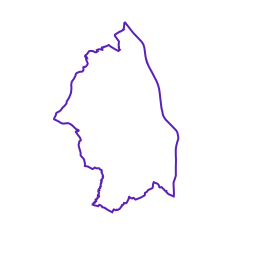 outline of Itagüí, Antioquia, Colombia, rotated 307°
{"feature_id": "7082276B40156907925674", "entity_name": "Itagüí", "entity_type": "district", "adm_level": 2, "iso_a3": "COL", "parent_name": "Colombia", "parent_adm1": "Antioquia", "projection": "equal_earth", "projection_center": [-75.62, 6.177], "detail": "fine", "context": "isolated", "style": "outline", "palette": "violet", "viewbox_px": 256, "rotation_deg": 307, "n_neighbors": 0, "source": "geoboundaries", "source_scale": "gbopen_adm2", "svg_char_len": 5485}
<svg xmlns="http://www.w3.org/2000/svg" viewBox="0 0 256 256"><g transform="rotate(307 128 128)"><path d="M204.6,88.4L205.2,86.3L207.1,75.0L210.5,62.2L209.6,61.9L208.4,62.7L205.5,64.5L205.2,64.6L204.2,64.8L204.1,65.4L200.4,63.9L200.2,63.5L195.0,61.5L194.6,61.5L193.9,61.8L193.7,62.1L191.7,68.6L190.7,69.3L188.3,70.8L187.6,71.8L187.2,72.0L186.9,72.0L186.8,72.3L186.4,72.8L185.7,73.3L185.6,74.4L184.1,74.2L183.8,74.0L183.7,73.9L183.2,70.8L182.7,66.3L182.6,65.1L182.6,63.1L182.7,62.7L180.0,61.3L179.3,60.7L178.8,60.6L178.3,59.9L177.7,59.9L177.3,59.6L177.0,58.9L176.6,58.7L176.5,58.8L176.0,59.1L175.5,60.2L175.0,60.5L174.4,59.0L173.7,57.8L173.3,57.3L173.0,57.1L171.7,56.3L171.2,57.6L170.6,57.2L170.4,57.0L170.1,57.3L169.9,57.3L169.3,57.1L169.1,56.8L168.6,55.8L168.5,55.0L168.4,54.0L168.3,53.6L168.1,53.3L167.9,53.2L167.7,52.6L166.8,51.4L166.5,51.1L165.8,50.7L163.6,50.8L163.1,50.7L161.8,50.7L160.7,50.3L160.3,50.3L159.5,50.4L159.2,51.0L159.2,51.4L159.8,52.0L159.0,53.5L158.4,52.9L158.5,52.5L158.4,52.4L157.2,53.8L155.6,56.6L155.3,57.0L155.0,57.2L154.4,57.3L153.8,57.4L152.2,57.4L151.5,57.3L150.9,56.9L150.4,56.1L150.1,55.8L149.8,55.7L149.5,55.8L148.3,57.0L147.6,57.4L147.2,57.6L145.9,57.6L145.3,57.3L144.2,56.0L143.3,55.2L140.8,53.9L140.3,53.8L139.9,53.8L139.5,53.9L138.3,54.5L137.1,54.8L136.0,54.9L135.3,55.1L134.6,55.2L132.0,55.2L131.2,55.3L130.4,55.6L128.1,56.8L126.5,58.3L125.8,58.8L124.2,59.9L121.3,61.5L118.3,62.3L116.8,62.7L112.7,63.1L111.9,63.3L110.8,64.0L110.4,64.1L107.4,64.0L105.4,63.6L104.2,63.5L101.8,63.6L100.1,63.2L97.4,61.9L97.0,61.8L96.6,61.8L96.2,61.9L94.9,62.6L94.4,62.7L92.5,63.0L91.5,63.2L90.9,63.4L90.6,63.6L90.5,64.0L91.0,66.0L91.3,67.6L91.5,68.9L91.5,69.9L91.7,71.2L91.8,71.7L92.2,73.1L92.9,74.1L95.4,76.7L95.9,77.6L96.3,78.7L96.5,80.5L96.5,81.2L96.5,82.2L96.3,83.5L96.0,85.8L95.9,87.6L96.4,89.1L96.5,89.7L96.4,90.0L96.0,90.2L95.4,89.9L94.3,89.0L94.0,88.6L93.9,88.5L93.6,88.5L93.4,88.8L92.0,93.3L91.8,94.2L91.3,95.5L91.0,96.2L90.0,97.6L89.7,97.7L89.1,97.6L88.6,97.3L87.6,97.3L86.5,98.1L85.6,98.3L85.1,98.5L84.7,98.8L83.2,100.4L81.1,103.3L80.0,104.7L79.5,105.3L78.4,105.9L77.9,106.4L77.6,106.8L77.3,107.7L76.8,110.5L76.5,111.6L75.6,112.8L74.2,114.5L73.9,114.8L72.5,115.9L72.2,116.2L72.0,116.8L71.9,116.8L72.9,118.8L73.1,119.4L73.2,119.9L73.3,121.0L73.4,121.7L73.6,122.2L73.7,124.0L73.9,124.3L74.1,124.5L74.8,124.9L75.4,125.0L76.2,125.1L76.4,125.2L76.6,125.9L76.7,126.8L76.8,127.1L78.3,128.9L78.5,129.4L78.0,130.7L78.1,130.9L78.5,132.2L77.7,133.1L77.4,133.2L77.0,133.2L76.8,133.3L76.7,133.7L75.6,135.5L75.2,136.1L74.9,136.5L74.8,136.8L74.6,137.1L74.4,137.3L74.2,137.3L73.9,137.1L73.7,137.1L73.1,138.0L72.8,138.1L72.1,138.0L71.6,137.9L71.4,137.9L70.8,138.2L70.3,138.7L70.1,138.8L70.0,138.7L69.7,138.2L69.6,138.3L69.5,138.9L69.3,139.2L68.9,139.4L68.5,139.3L68.3,139.3L68.0,139.5L67.8,139.8L67.4,139.7L66.7,139.9L66.2,140.4L65.7,140.6L65.5,141.0L65.3,141.3L64.8,141.4L64.6,141.5L64.3,141.4L64.1,141.2L63.9,141.2L63.6,141.4L63.3,141.8L63.2,141.9L62.1,141.5L61.9,141.6L61.1,142.5L60.9,142.3L60.7,142.0L60.4,142.3L60.1,142.4L59.8,142.2L59.7,142.2L59.5,142.4L59.4,143.3L59.2,143.6L58.6,143.6L58.2,144.1L57.6,144.5L57.1,144.3L56.3,144.3L56.1,144.5L55.7,144.7L55.8,145.1L55.9,145.3L56.2,145.4L56.3,145.7L56.3,145.9L56.1,146.1L55.5,146.1L55.4,146.0L55.4,145.4L55.3,145.2L54.4,145.6L53.8,145.8L53.5,146.0L53.1,145.7L52.9,145.9L52.7,145.9L52.2,145.7L52.0,145.4L51.5,145.3L51.4,145.6L51.6,145.8L51.4,146.0L51.2,146.1L50.9,145.7L50.3,146.5L49.8,146.1L49.5,146.0L49.4,146.0L49.2,146.5L48.8,146.6L48.7,146.4L48.7,146.0L48.6,145.9L48.3,145.8L48.1,145.7L47.9,145.6L47.7,145.7L47.7,146.0L47.1,145.8L46.7,146.0L45.7,145.6L45.5,145.8L45.8,146.5L45.9,147.2L46.2,148.1L47.0,149.7L47.5,151.2L47.9,151.3L49.4,151.3L49.7,152.2L49.8,153.7L49.5,154.9L49.3,155.1L49.3,155.4L49.4,155.6L50.0,156.5L50.3,158.3L50.2,158.3L50.6,162.7L50.8,163.4L51.2,166.1L53.6,165.7L54.5,165.7L54.8,167.5L55.0,167.8L56.0,168.1L56.1,168.3L56.4,169.2L57.1,169.4L58.3,170.0L58.6,170.0L59.2,170.0L59.8,169.9L61.7,170.1L62.4,169.6L62.6,169.6L63.2,169.8L64.0,170.4L64.3,170.4L65.7,169.9L65.8,169.9L66.0,170.3L66.6,171.5L66.9,171.7L67.5,171.9L69.6,171.6L70.7,171.3L71.8,171.3L72.0,171.2L72.6,170.7L72.9,170.5L73.3,170.3L73.7,170.3L73.8,172.5L74.3,173.8L74.5,173.9L75.2,174.0L75.4,174.2L75.5,174.4L75.6,175.0L75.5,175.6L75.2,176.5L75.3,176.8L75.5,177.2L80.0,180.0L84.1,181.8L84.6,181.8L86.0,180.8L86.4,180.6L86.6,180.7L88.4,181.5L90.5,181.4L94.4,183.5L95.0,183.6L95.3,183.6L98.1,181.9L99.3,181.4L100.3,181.2L100.6,183.1L101.1,184.4L101.2,184.9L101.2,185.8L100.9,186.8L100.5,187.5L100.2,187.9L99.8,188.2L99.7,189.1L99.7,189.3L101.0,190.3L100.2,195.2L100.8,196.4L100.8,196.7L100.0,197.0L99.6,199.5L99.5,200.3L99.6,200.5L99.8,200.9L100.8,205.7L101.5,205.4L103.3,204.1L105.1,202.7L111.1,197.7L112.9,196.8L114.7,196.3L117.4,195.4L118.8,194.8L120.7,193.4L125.7,189.6L130.2,186.4L133.2,184.1L134.4,183.0L139.3,179.3L140.0,178.8L142.6,177.4L146.7,175.7L148.7,175.0L149.7,174.6L150.8,173.8L153.4,171.0L153.8,170.5L154.3,169.8L154.7,168.9L155.0,168.0L155.4,165.9L157.2,154.2L157.3,153.2L157.6,152.2L158.1,150.9L158.5,149.8L158.9,149.0L160.2,147.2L162.1,145.2L163.3,143.6L164.4,142.4L171.7,135.4L175.1,132.2L176.8,130.5L178.3,128.9L180.6,125.9L182.2,123.3L183.0,121.8L184.6,118.4L186.0,115.5L187.1,113.2L189.1,108.7L190.0,106.9L191.0,105.2L191.9,104.0L191.7,103.7L192.6,102.7L193.5,101.7L193.4,101.5L195.9,98.7L200.1,94.6L202.0,92.7L202.7,91.7L203.3,91.0L204.0,89.8L204.6,88.4Z" fill="none" stroke="#5b21b6" stroke-width="2"/></g></svg>